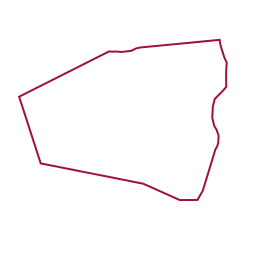 La Croix, Praslin, Saint Lucia (Natural Earth projection), rotated 84°
{"feature_id": "8701671B12736855691443", "entity_name": "La Croix", "entity_type": "district", "adm_level": 2, "iso_a3": "LCA", "parent_name": "Saint Lucia", "parent_adm1": "Praslin", "projection": "natural_earth1", "projection_center": [-60.902, 13.874], "detail": "fine", "context": "isolated", "style": "outline", "palette": "rose", "viewbox_px": 256, "rotation_deg": 84, "n_neighbors": 0, "source": "geoboundaries", "source_scale": "gbopen_adm2", "svg_char_len": 525}
<svg xmlns="http://www.w3.org/2000/svg" viewBox="0 0 256 256"><g transform="rotate(84 128 128)"><path d="M154.1,218.5L166.7,177.8L185.0,118.7L205.1,84.0L206.2,72.8L206.8,66.4L198.0,60.1L158.4,43.3L155.9,41.4L152.2,39.8L145.2,38.7L139.0,40.1L135.1,42.0L126.5,43.1L115.6,41.4L108.2,38.7L100.4,29.2L97.4,26.0L85.6,24.9L83.0,24.6L73.3,23.0L67.7,24.9L55.7,27.3L49.9,27.7L49.2,107.5L49.7,111.6L51.6,116.7L51.7,126.4L50.7,131.7L50.6,134.3L49.9,139.0L85.5,233.0L154.1,218.5Z" fill="none" stroke="#9f1239" stroke-width="2"/></g></svg>